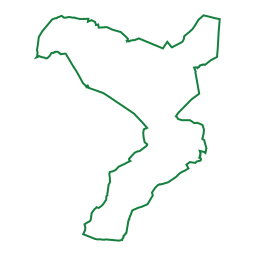 outline of Atlixtac, Guerrero, Mexico
{"feature_id": "50627088B22623641614442", "entity_name": "Atlixtac", "entity_type": "district", "adm_level": 2, "iso_a3": "MEX", "parent_name": "Mexico", "parent_adm1": "Guerrero", "projection": "orthographic", "projection_center": [-98.897, 17.476], "detail": "fine", "context": "isolated", "style": "outline", "palette": "green", "viewbox_px": 256, "rotation_deg": 0, "n_neighbors": 0, "source": "geoboundaries", "source_scale": "gbopen_adm2", "svg_char_len": 4818}
<svg xmlns="http://www.w3.org/2000/svg" viewBox="0 0 256 256"><path d="M109.8,172.0L109.3,173.8L109.7,176.8L110.1,182.0L108.6,184.8L107.6,192.4L107.3,193.2L107.4,195.3L106.4,196.2L106.2,199.5L106.1,199.9L105.0,201.4L104.2,202.8L102.5,205.0L102.1,205.3L100.8,206.5L98.7,207.9L96.5,207.3L95.8,208.2L94.4,209.2L94.2,209.6L91.7,213.0L90.7,220.0L89.9,221.2L87.3,222.5L84.5,224.3L85.3,227.2L85.2,229.8L83.2,234.2L95.3,239.0L97.6,239.4L100.4,239.3L102.7,239.7L104.6,239.7L105.7,239.4L118.7,240.6L122.1,240.0L122.2,239.6L122.3,239.1L122.5,238.9L122.6,238.7L122.7,238.2L122.9,238.0L123.1,237.9L123.3,237.8L123.3,237.7L123.4,237.3L123.5,237.1L123.6,236.7L123.6,236.3L123.5,236.0L123.6,235.7L123.9,235.5L124.2,235.4L124.5,235.3L124.8,234.4L125.1,234.2L125.4,234.1L125.6,233.7L125.7,233.4L125.9,233.0L126.1,232.9L126.4,232.8L128.4,220.7L128.7,220.0L128.9,219.9L129.2,219.6L129.3,219.4L129.1,218.9L132.3,210.4L137.9,207.9L138.8,207.6L141.6,206.8L147.6,204.2L149.3,201.3L152.8,195.4L152.0,192.6L154.7,188.4L155.4,187.5L158.1,184.9L159.8,184.5L160.0,184.2L160.2,184.3L160.6,184.3L160.8,184.4L164.8,183.3L166.8,182.7L167.8,182.4L168.7,181.9L176.1,176.9L179.4,173.6L181.3,172.3L182.5,171.7L184.9,170.6L188.5,168.4L186.4,164.7L189.8,162.1L195.3,162.9L196.5,161.7L197.0,161.4L200.4,160.7L201.0,159.5L201.0,159.0L200.9,158.7L200.7,158.5L200.0,158.2L199.5,157.9L199.9,157.7L200.0,157.6L200.0,157.4L200.1,157.1L200.2,156.9L200.2,156.7L199.9,156.7L199.8,156.4L199.8,156.1L199.8,155.6L199.8,155.4L199.9,155.2L200.0,155.1L200.3,154.9L200.2,154.7L200.4,154.4L200.5,154.0L200.5,153.8L200.5,153.7L200.4,153.6L200.5,153.4L200.6,152.9L200.5,152.6L200.4,152.5L200.2,152.4L200.2,152.0L200.1,151.9L200.0,151.7L199.7,150.9L204.5,152.0L204.7,152.5L204.8,152.6L205.0,152.7L205.4,153.0L206.4,148.5L204.2,140.1L202.3,139.0L203.6,133.6L204.0,129.7L202.5,125.0L197.4,122.8L194.2,123.1L193.9,122.9L193.7,122.7L190.0,120.2L182.0,120.2L178.1,119.0L177.6,118.2L177.0,117.2L176.1,116.5L175.9,116.4L177.9,113.3L178.8,112.3L191.5,99.4L199.2,93.7L195.4,72.2L195.5,71.8L195.7,71.4L195.5,71.0L195.4,70.8L194.1,67.7L194.3,67.7L195.1,67.5L195.4,67.4L195.5,67.3L195.9,67.3L196.1,67.3L196.3,67.3L196.4,67.5L196.5,67.6L196.8,67.6L196.9,67.3L197.0,67.3L197.4,67.3L197.6,67.3L197.8,67.4L198.0,67.4L198.0,67.5L198.2,67.3L198.3,67.3L198.5,67.3L198.7,67.1L198.8,67.1L199.1,67.0L199.3,66.7L199.4,66.4L199.6,66.3L199.8,65.9L199.7,65.8L199.7,65.6L199.8,65.5L200.0,65.4L200.5,65.3L200.9,65.1L201.1,65.1L201.3,65.1L201.5,64.9L201.8,64.9L201.9,65.0L202.0,65.0L202.3,65.0L202.5,64.7L202.8,64.6L203.1,64.7L203.3,64.8L203.5,64.7L203.8,64.5L204.0,64.7L204.3,64.7L204.5,64.6L204.8,64.6L205.1,64.8L210.7,60.3L217.0,57.0L217.7,48.9L218.7,31.4L219.1,27.0L219.7,19.1L219.2,19.1L216.6,18.5L215.0,18.2L211.3,17.2L206.3,16.0L203.5,15.4L200.0,18.5L198.6,19.6L195.1,25.3L192.6,29.0L189.6,31.8L184.3,36.1L183.8,39.2L182.4,41.8L180.1,43.1L175.0,45.7L171.9,47.4L171.7,47.3L167.3,41.8L162.9,48.4L138.8,38.4L138.4,38.5L138.1,38.7L137.7,39.0L136.5,39.4L135.7,39.6L135.3,39.9L135.1,40.0L134.9,40.1L134.6,40.1L134.0,40.1L133.7,40.1L131.8,40.4L131.3,40.4L131.2,40.5L130.7,40.5L130.4,40.7L130.1,40.8L129.7,41.1L129.4,41.3L129.2,41.4L128.8,41.2L128.7,41.2L128.4,41.2L128.3,41.3L128.1,41.3L127.8,41.2L127.7,41.1L127.2,40.9L126.9,40.9L126.8,40.7L127.0,40.6L127.3,40.7L127.3,40.8L127.4,40.7L127.5,40.7L127.8,40.3L127.9,40.2L127.9,39.9L127.8,39.6L127.8,39.3L127.8,39.1L127.9,38.7L124.9,35.8L120.6,31.9L120.2,31.9L113.9,30.1L112.0,29.5L106.9,27.1L103.9,27.3L102.9,27.4L98.7,27.6L98.2,24.5L96.0,25.0L95.0,21.9L91.5,20.2L87.9,21.7L88.4,18.8L79.8,19.0L75.5,18.0L74.7,17.6L74.4,17.6L72.9,17.7L69.2,17.0L65.3,17.7L64.3,17.6L63.8,17.6L61.8,15.9L61.3,15.9L60.6,16.3L59.0,16.9L58.1,17.2L57.5,17.4L56.8,18.1L56.7,18.1L54.5,18.4L53.7,18.9L52.3,19.3L42.4,31.1L40.0,35.0L38.8,37.0L37.8,45.2L37.0,49.8L37.6,53.0L37.4,53.4L37.3,53.7L37.3,55.5L37.0,56.5L36.3,57.5L37.8,57.0L38.2,55.8L38.6,55.9L40.3,56.6L42.0,57.2L44.4,57.6L45.8,58.3L46.6,58.4L47.1,58.2L47.4,57.9L47.9,57.6L49.5,56.1L51.4,53.1L52.0,53.0L52.3,52.8L53.5,52.9L53.7,52.6L54.6,52.4L54.6,52.1L54.8,51.9L55.4,51.8L56.2,51.7L56.6,51.8L57.0,51.8L57.6,51.8L57.8,51.8L58.0,51.9L58.2,52.1L58.5,52.6L58.9,52.6L59.2,52.7L59.5,52.9L60.0,53.4L60.5,54.2L62.3,54.0L64.8,53.6L65.6,53.7L66.3,54.4L66.9,55.7L70.0,60.8L70.8,62.3L72.6,65.3L74.3,68.0L76.3,71.0L77.9,73.9L79.9,77.4L81.1,79.7L82.0,81.3L82.7,82.6L83.0,83.2L83.9,84.0L84.8,84.8L85.4,85.5L85.8,86.0L87.7,85.5L88.0,86.0L87.1,87.2L88.4,87.2L88.8,87.5L88.5,87.8L103.4,93.1L110.4,97.7L134.0,113.6L142.5,122.6L147.1,127.9L143.9,129.3L143.2,132.8L143.6,137.3L144.4,140.9L144.5,142.1L147.2,144.3L147.2,144.8L146.4,146.0L139.6,151.1L137.1,151.5L134.5,152.9L129.1,158.7L129.1,159.7L130.3,161.0L126.8,162.7L124.9,163.8L118.6,166.7L115.7,169.9L113.6,171.0L112.5,171.4L109.8,172.0Z" fill="none" stroke="#15803d" stroke-width="2"/></svg>